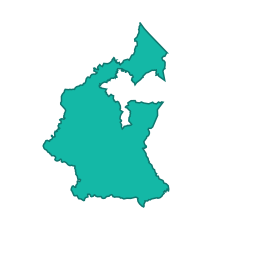 the district of Bao Lam, Lâm Đồng, Vietnam, rotated 222°
{"feature_id": "81297802B89982379831919", "entity_name": "Bao Lam", "entity_type": "district", "adm_level": 2, "iso_a3": "VNM", "parent_name": "Vietnam", "parent_adm1": "Lâm Đồng", "projection": "mercator", "projection_center": [107.768, 11.64], "detail": "fine", "context": "isolated", "style": "filled", "palette": "teal", "viewbox_px": 256, "rotation_deg": 222, "n_neighbors": 0, "source": "geoboundaries", "source_scale": "gbopen_adm2", "svg_char_len": 5924}
<svg xmlns="http://www.w3.org/2000/svg" viewBox="0 0 256 256"><g transform="rotate(222 128 128)"><path d="M128.8,43.9L127.3,43.6L123.0,41.7L122.0,42.1L120.8,43.7L117.3,42.5L115.5,43.8L112.5,44.3L112.0,45.0L112.7,46.1L113.0,47.9L111.7,50.0L113.6,51.7L112.6,52.9L111.5,53.1L110.0,52.3L109.2,52.5L108.2,54.0L108.3,55.5L108.0,56.0L106.6,55.8L104.8,56.4L102.2,59.0L100.4,58.6L99.4,59.0L98.2,60.4L98.1,62.7L96.4,64.7L96.4,65.8L95.8,67.3L94.6,67.6L93.3,67.0L92.9,67.4L92.0,67.4L90.4,69.2L88.0,71.1L86.8,70.9L85.8,71.9L83.7,72.5L81.8,75.1L78.9,77.5L76.0,81.8L74.7,82.3L73.5,82.4L73.1,81.5L71.3,80.1L68.7,79.4L65.4,79.3L63.6,79.8L63.8,80.7L65.1,81.9L66.0,84.9L66.5,85.2L64.6,87.0L64.6,88.7L63.4,89.5L63.1,91.0L61.9,92.6L59.7,95.7L59.0,95.7L58.2,96.6L57.5,97.9L57.2,100.3L57.6,101.5L57.4,103.6L58.7,104.3L58.4,105.1L58.6,105.7L57.2,105.8L57.8,107.6L57.1,108.4L57.8,108.9L57.3,109.1L55.5,107.8L56.8,109.8L59.5,112.0L62.3,112.1L64.7,111.1L66.1,112.1L67.1,112.3L70.9,111.0L73.2,112.4L74.3,111.6L75.3,111.5L75.9,112.1L76.2,113.2L76.9,112.9L78.6,113.5L80.5,114.8L81.3,114.4L83.0,114.8L85.4,116.3L89.3,116.3L89.5,117.0L91.5,117.8L92.8,118.9L95.7,119.4L97.6,121.1L103.5,122.7L103.3,123.2L102.5,123.3L102.1,124.3L102.4,125.0L101.8,125.1L101.6,125.9L102.1,126.2L102.7,125.9L102.2,126.6L102.5,126.8L104.4,126.8L107.1,128.4L107.6,133.0L108.3,134.2L107.7,136.0L108.3,138.0L109.4,139.3L112.2,140.5L112.3,141.8L110.7,143.1L110.4,145.3L114.4,157.1L118.4,161.3L119.2,170.6L120.5,169.8L120.8,168.3L122.7,167.7L123.0,165.0L125.4,163.5L126.9,163.7L128.7,159.9L133.0,157.1L135.4,156.3L136.3,154.3L139.3,152.3L140.4,153.0L141.1,153.1L144.0,150.3L144.9,146.6L142.8,145.2L143.9,143.2L143.9,141.8L143.0,141.8L141.9,142.5L140.2,142.1L137.8,142.2L137.1,141.8L137.0,141.1L136.1,140.7L135.0,138.7L134.4,138.3L134.2,136.5L132.1,133.8L127.7,133.2L127.8,131.8L128.4,131.5L128.5,130.8L129.2,130.5L129.4,129.8L130.2,129.5L130.3,128.7L131.9,126.6L131.5,125.2L131.6,123.5L134.0,124.7L134.8,126.0L137.6,127.1L137.8,127.7L137.5,128.6L137.9,129.2L140.1,129.4L141.6,131.6L142.3,133.4L142.7,136.6L145.5,136.0L146.7,136.7L146.7,137.5L148.4,139.2L152.3,140.9L153.6,140.7L154.6,138.9L156.1,139.2L156.6,138.9L157.4,139.6L158.5,139.8L160.3,142.3L161.6,141.7L163.1,141.6L163.3,138.6L163.9,138.5L165.9,139.1L167.0,138.9L167.7,139.8L169.1,139.7L169.2,140.5L170.0,141.6L170.0,142.5L174.6,139.7L175.2,140.0L175.8,139.3L176.9,139.5L177.7,140.4L177.1,140.8L177.0,141.2L178.3,142.0L177.3,142.4L177.1,144.4L176.2,146.5L174.2,147.7L175.0,149.2L174.2,149.9L174.8,150.4L173.4,151.2L174.2,151.8L173.7,152.3L173.9,153.5L173.4,154.2L172.0,155.3L171.9,156.7L171.0,156.6L171.3,157.1L171.0,157.7L171.6,158.2L170.5,158.0L170.2,158.3L171.0,158.9L172.2,159.1L173.2,160.0L173.1,161.1L174.1,161.8L173.8,162.1L173.1,161.9L173.1,162.4L174.2,162.8L174.0,163.8L175.0,164.0L175.3,165.2L172.1,168.1L171.2,167.9L171.5,166.5L170.9,166.2L169.5,167.1L170.0,168.4L169.3,168.4L167.8,169.1L167.7,168.0L167.2,167.8L166.9,168.0L167.0,169.2L166.1,169.9L165.0,170.0L164.2,169.7L163.9,170.0L162.5,169.0L161.2,169.1L160.7,170.0L160.4,169.6L159.2,169.9L158.2,169.4L158.5,167.9L157.4,166.0L156.9,165.9L156.6,166.3L155.9,165.7L155.3,165.6L153.8,166.0L151.7,164.8L152.0,167.4L151.1,172.3L151.2,174.8L150.7,175.7L151.6,176.5L151.3,181.3L150.4,182.5L148.8,187.0L147.2,188.3L147.0,188.9L146.2,189.2L145.8,190.0L144.7,188.9L144.1,187.6L143.0,187.0L142.5,186.0L142.0,186.7L141.7,188.1L140.9,187.4L139.6,187.1L132.5,187.9L140.2,193.7L140.8,195.5L140.3,196.9L141.2,197.4L142.3,199.2L144.5,201.7L146.6,202.1L147.4,201.5L149.6,202.6L149.6,205.1L148.6,205.9L149.5,209.7L149.1,210.1L175.5,212.0L182.4,212.7L189.8,214.3L187.8,212.8L187.6,211.0L186.1,209.2L186.1,208.4L184.7,207.6L183.4,205.6L183.1,203.9L182.2,202.0L182.5,198.5L181.0,197.2L180.3,198.0L179.1,198.1L177.5,196.8L176.3,195.4L176.2,194.6L176.8,194.2L176.5,192.9L175.9,192.4L175.8,191.3L175.1,190.2L174.2,189.7L173.0,186.3L173.9,184.6L172.5,179.2L174.1,179.0L176.2,175.7L176.2,174.2L175.6,173.4L176.2,170.8L176.0,169.8L176.7,169.6L178.3,170.9L179.0,169.4L179.4,169.6L180.0,168.9L180.8,169.5L181.2,168.9L182.2,169.5L182.1,170.5L183.3,169.1L184.1,170.4L184.5,170.5L185.0,169.9L185.1,170.8L185.6,170.8L185.4,168.0L184.8,167.2L185.2,163.8L186.3,162.0L189.2,159.8L188.2,156.5L189.7,156.1L191.4,156.2L191.3,153.0L190.7,152.3L189.3,151.9L189.1,151.5L190.9,150.4L192.9,150.3L193.4,149.5L192.2,148.8L191.6,147.6L190.0,148.1L188.8,148.0L188.2,148.6L187.9,148.2L188.3,146.1L189.6,145.1L190.7,143.5L190.7,141.7L189.9,140.1L190.2,139.6L191.4,139.4L192.1,138.7L191.9,136.6L190.5,134.2L190.1,132.8L190.2,131.8L190.8,131.4L190.4,129.5L192.2,127.9L192.3,126.7L193.8,124.3L194.1,122.6L193.6,120.9L194.6,120.2L196.0,118.4L197.0,117.9L197.8,116.7L200.5,114.7L200.1,113.1L199.4,112.1L199.3,109.1L198.6,106.9L195.2,103.2L194.8,101.6L193.8,100.6L187.2,99.9L186.1,99.3L185.3,97.8L184.9,96.1L184.1,95.4L184.0,94.4L183.3,93.7L183.1,93.0L182.6,92.8L181.7,93.2L181.4,93.0L181.5,91.6L183.4,90.6L183.4,89.5L184.1,89.4L184.2,88.4L183.6,88.2L183.2,88.5L182.0,88.1L180.9,86.5L182.1,84.9L181.3,83.5L181.4,82.8L180.0,82.1L179.0,82.1L179.5,81.4L178.8,80.9L179.3,80.6L179.1,79.9L179.4,78.3L178.5,78.0L179.1,77.0L179.9,76.7L179.3,75.2L176.5,72.7L177.3,71.2L179.4,71.6L179.8,71.3L179.4,70.8L177.8,70.6L177.2,69.5L177.2,68.4L177.9,67.2L177.5,65.6L179.7,64.8L180.5,63.7L179.7,60.6L179.8,59.7L179.0,57.9L176.7,56.7L175.3,56.6L173.8,57.1L171.1,56.5L169.9,57.1L168.7,56.6L167.8,56.9L166.3,56.3L164.3,58.0L162.6,58.0L161.8,57.4L161.3,55.7L160.5,55.4L159.2,55.7L158.3,56.4L157.5,58.0L157.4,59.5L157.0,59.9L156.1,59.7L155.1,58.6L154.0,58.5L152.8,60.4L150.5,60.9L148.2,60.6L146.6,60.9L145.9,61.3L144.9,62.7L143.4,63.2L142.2,64.2L141.5,63.8L140.6,62.4L138.7,61.7L138.4,60.9L136.7,59.9L135.8,58.7L133.7,58.4L130.6,56.2L129.5,57.7L128.5,57.7L128.0,55.9L129.8,55.0L130.0,54.4L128.4,52.8L128.3,50.6L127.2,48.9L127.8,48.4L130.0,48.3L130.4,47.4L129.7,45.3L128.8,43.9Z" fill="#14b8a6" stroke="#0f766e" stroke-width="1.5"/></g></svg>